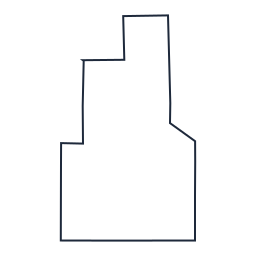 outline of Quitman, Mississippi, United States of America
{"feature_id": "52423323B70800953145175", "entity_name": "Quitman", "entity_type": "district", "adm_level": 2, "iso_a3": "USA", "parent_name": "United States of America", "parent_adm1": "Mississippi", "projection": "albers", "projection_center": [-90.295, 34.292], "detail": "fine", "context": "isolated", "style": "outline", "palette": "slate", "viewbox_px": 256, "rotation_deg": 0, "n_neighbors": 0, "source": "geoboundaries", "source_scale": "gbopen_adm2", "svg_char_len": 354}
<svg xmlns="http://www.w3.org/2000/svg" viewBox="0 0 256 256"><path d="M195.0,195.7L195.2,161.8L195.1,141.2L170.0,123.1L170.3,103.1L168.0,15.4L123.2,16.1L124.3,59.8L82.9,60.2L83.7,60.8L82.7,105.9L83.0,143.6L61.1,143.1L61.0,163.2L60.9,199.0L60.8,240.5L107.1,240.6L129.5,240.6L195.0,240.5L195.0,195.7Z" fill="none" stroke="#1e293b" stroke-width="2"/></svg>